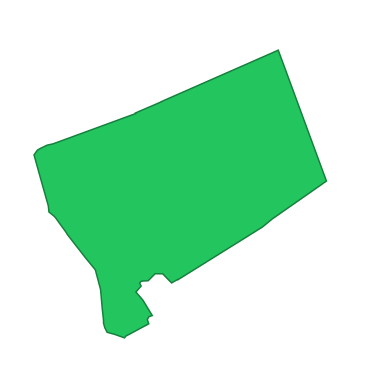 Tal al-Kabir, al-, Al Isma`iliyah, Egypt, rotated 245°
{"feature_id": "37247803B71444962307175", "entity_name": "Tal al-Kabir, al-", "entity_type": "district", "adm_level": 2, "iso_a3": "EGY", "parent_name": "Egypt", "parent_adm1": "Al Isma`iliyah", "projection": "equal_earth", "projection_center": [31.89, 30.417], "detail": "fine", "context": "isolated", "style": "filled", "palette": "green", "viewbox_px": 384, "rotation_deg": 245, "n_neighbors": 0, "source": "geoboundaries", "source_scale": "gbopen_adm2", "svg_char_len": 990}
<svg xmlns="http://www.w3.org/2000/svg" viewBox="0 0 384 384"><g transform="rotate(245 192 192)"><path d="M118.4,141.9L130.5,241.1L133.6,253.1L145.1,318.5L145.5,318.5L256.3,327.8L284.1,330.1L284.1,329.6L286.9,202.5L286.7,202.5L287.4,179.1L287.5,173.3L286.8,174.9L287.7,164.9L294.4,86.4L295.0,83.6L295.7,80.4L295.6,72.8L295.5,72.0L295.5,71.6L295.5,71.4L295.4,70.9L295.3,69.6L292.4,64.5L262.9,59.6L240.6,56.0L239.0,55.5L234.3,53.9L227.7,57.1L225.6,57.6L219.6,58.7L209.9,60.6L205.6,61.2L191.5,64.4L189.8,64.8L177.2,67.7L162.3,71.5L142.2,67.9L123.8,61.2L118.4,59.4L117.6,59.1L113.4,57.7L113.1,57.6L110.6,56.4L105.9,55.6L100.7,55.8L95.5,61.9L88.3,69.2L88.5,69.6L89.0,70.4L89.4,71.2L89.4,72.2L89.4,72.5L89.6,75.9L90.2,86.4L90.8,97.1L95.3,97.6L97.2,100.2L96.8,103.8L102.9,103.1L114.7,101.8L125.0,98.9L128.3,106.2L131.6,106.0L132.6,108.4L130.1,114.8L132.3,120.7L133.5,124.1L130.2,130.9L120.9,134.1L118.2,135.1L118.8,141.8L118.4,141.9Z" fill="#22c55e" stroke="#15803d" stroke-width="1.5"/></g></svg>